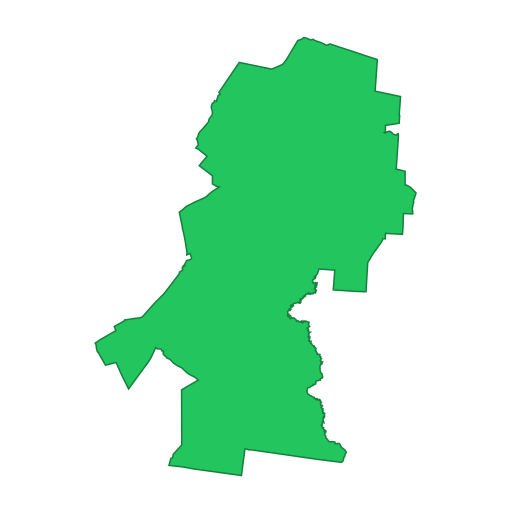 Dragodana, Dâmbovita, Romania (Mercator projection), rotated 182°
{"feature_id": "2599482B2320004497345", "entity_name": "Dragodana", "entity_type": "district", "adm_level": 2, "iso_a3": "ROU", "parent_name": "Romania", "parent_adm1": "Dâmbovita", "projection": "mercator", "projection_center": [25.385, 44.759], "detail": "fine", "context": "isolated", "style": "filled", "palette": "green", "viewbox_px": 512, "rotation_deg": 182, "n_neighbors": 0, "source": "geoboundaries", "source_scale": "gbopen_adm2", "svg_char_len": 6101}
<svg xmlns="http://www.w3.org/2000/svg" viewBox="0 0 512 512"><g transform="rotate(182 256 256)"><path d="M246.8,443.3L279.5,448.9L298.8,418.2L297.3,416.6L297.7,416.0L299.3,415.4L301.1,409.0L302.7,409.8L303.7,407.6L304.9,407.2L306.0,403.6L304.5,398.2L304.8,395.3L307.7,391.2L308.1,388.5L310.5,385.2L317.0,377.5L317.8,375.7L318.4,372.7L319.7,371.0L318.7,369.7L317.9,366.4L317.5,366.0L317.5,365.3L320.0,361.8L317.7,360.9L308.4,354.0L315.9,344.3L302.3,334.6L302.1,326.5L297.8,324.2L295.1,323.7L302.1,318.9L308.7,312.8L318.8,307.9L327.6,303.0L331.8,298.9L334.2,297.2L330.5,281.9L330.6,281.3L329.5,277.9L327.5,269.5L325.1,257.3L325.2,254.7L322.3,256.1L321.8,255.9L320.3,251.7L320.5,251.3L321.0,250.4L325.2,249.0L327.1,245.0L326.8,243.8L328.2,243.9L328.4,243.4L328.1,243.0L329.0,242.4L328.9,241.8L329.3,241.5L329.1,240.4L328.7,239.8L329.2,239.0L332.0,237.2L332.1,235.5L346.4,215.4L355.4,205.7L367.6,191.1L370.9,189.8L372.2,189.9L385.1,187.5L385.2,186.7L395.2,180.6L393.4,176.5L408.6,167.1L413.7,163.3L412.7,161.5L412.2,158.1L411.2,154.7L410.5,154.4L402.6,141.6L392.1,144.7L386.6,133.4L378.7,118.7L359.3,147.2L357.3,150.8L353.0,161.1L351.6,159.8L347.9,159.7L346.5,157.8L345.8,158.1L345.2,157.6L345.4,154.9L344.5,153.7L342.1,152.0L341.9,151.1L338.5,149.8L334.6,146.0L330.1,143.3L326.6,141.8L320.0,136.2L316.3,134.2L314.0,133.4L309.3,130.0L325.7,119.7L323.6,64.6L331.8,54.9L332.3,52.0L332.7,51.4L333.9,50.9L334.1,50.3L335.7,43.7L321.5,42.6L310.0,40.9L262.9,36.1L260.3,63.1L256.2,61.9L254.7,62.2L185.3,54.7L163.4,52.8L162.2,53.7L161.5,55.3L161.1,58.0L160.3,58.8L160.1,60.9L159.0,62.6L159.1,63.4L160.4,65.3L164.2,68.0L165.4,70.6L166.2,71.4L167.0,71.6L170.2,71.2L170.5,71.7L170.5,72.7L172.2,73.2L176.0,72.9L177.2,73.7L178.1,75.2L179.6,76.2L180.1,78.6L181.3,80.0L181.0,81.1L180.3,81.9L181.2,82.5L181.2,82.9L180.1,83.1L180.1,83.6L181.7,83.5L181.9,83.9L181.9,84.2L181.2,84.5L183.2,85.9L182.5,86.8L183.8,87.2L184.3,88.4L183.8,89.2L184.7,89.4L184.0,90.5L183.8,92.3L182.3,91.7L182.5,92.5L183.0,93.0L183.0,93.9L183.4,94.1L183.5,94.5L183.2,95.4L183.3,96.3L182.2,96.8L182.7,97.5L182.2,97.8L182.4,98.2L181.8,98.5L182.2,100.2L181.8,101.0L182.6,101.1L182.5,101.5L182.8,101.7L183.8,101.5L183.8,103.0L184.2,103.2L183.5,103.7L184.4,104.9L183.7,105.2L183.7,105.6L185.7,106.7L185.6,107.3L185.1,107.7L185.2,108.0L184.4,108.5L185.1,109.3L186.1,109.6L186.5,110.7L185.6,112.0L186.2,112.1L186.4,113.2L187.3,113.5L187.3,114.0L186.8,114.2L187.1,114.6L187.7,114.9L188.6,114.3L189.1,114.7L189.6,114.4L189.7,115.5L190.0,115.7L190.7,115.6L190.4,114.5L191.6,114.8L192.1,115.6L192.7,115.9L192.8,116.8L194.7,117.1L195.8,118.1L197.7,118.6L198.1,119.3L199.5,120.1L200.3,121.8L200.1,125.2L199.6,126.1L197.8,126.5L196.1,127.9L194.1,128.9L194.5,129.5L194.1,129.8L192.1,130.0L191.7,131.0L191.7,133.3L189.1,133.6L188.1,134.5L187.3,134.3L187.3,135.9L185.6,136.4L185.2,137.0L185.1,137.6L186.2,141.0L187.0,141.1L187.4,141.7L187.4,142.4L188.1,144.6L188.0,146.0L188.4,146.8L188.1,147.7L188.1,149.1L186.2,150.6L186.4,151.2L186.0,152.2L187.2,151.6L187.3,153.1L188.1,153.6L187.7,154.3L187.8,154.8L187.1,155.6L187.7,155.9L187.8,157.6L188.5,157.5L188.8,157.9L188.6,159.8L191.2,159.9L191.5,160.3L191.2,160.9L191.9,161.4L192.1,162.3L193.3,163.3L192.9,163.6L193.2,164.4L192.7,165.4L193.6,166.5L194.7,167.0L194.4,167.8L194.6,168.1L195.9,168.3L197.0,169.5L197.1,170.1L198.2,170.7L198.4,171.2L197.9,172.0L198.0,172.7L199.3,172.3L199.5,173.2L200.1,172.9L200.4,173.3L199.6,173.8L200.2,175.5L199.5,175.6L199.3,176.6L199.6,176.9L199.4,177.2L199.8,177.4L200.4,177.1L200.4,176.8L200.9,177.0L200.2,178.0L200.6,178.3L200.4,178.9L200.9,179.5L200.0,180.7L200.1,181.3L199.4,181.7L200.9,181.8L200.8,183.3L201.4,183.5L201.0,184.0L201.0,184.5L201.4,185.1L202.4,185.3L202.2,186.2L201.2,186.4L199.9,187.5L200.7,188.3L201.2,189.6L200.6,191.6L203.5,192.5L204.0,192.0L204.6,192.1L204.8,192.6L205.2,192.3L205.8,192.8L206.3,191.4L207.3,190.9L207.5,191.9L208.4,191.6L208.1,192.6L210.5,191.6L211.8,192.9L212.8,192.1L213.3,192.2L213.6,193.5L216.0,195.5L217.7,195.2L218.6,196.1L219.0,195.0L219.8,194.7L221.1,196.8L220.8,197.3L219.9,197.1L219.7,197.5L221.4,197.8L221.5,197.0L222.1,196.9L222.2,198.8L221.5,199.1L222.4,199.4L222.2,200.1L222.5,201.5L221.7,202.4L221.3,203.4L220.6,203.2L220.7,204.1L220.2,203.8L220.0,202.9L219.2,203.9L219.7,204.8L219.6,205.7L218.2,206.3L218.4,206.9L219.7,207.5L219.4,208.1L218.8,208.2L218.4,207.2L216.8,207.5L216.9,207.9L217.6,208.5L217.5,208.9L216.1,210.0L213.3,210.6L212.8,211.1L211.8,211.1L211.6,210.7L210.9,211.2L210.8,210.3L210.4,210.2L210.2,211.0L209.7,211.2L210.5,212.1L210.3,213.4L209.6,212.7L209.3,213.0L210.1,214.8L209.3,215.1L208.4,214.7L207.3,215.8L207.4,216.3L206.2,217.0L207.0,217.4L206.7,217.8L205.8,218.1L205.6,217.3L205.3,217.5L205.5,218.6L205.2,219.2L204.3,219.2L203.6,220.3L202.8,219.9L202.0,221.0L201.6,220.5L201.7,220.1L202.0,220.1L201.8,219.8L200.9,219.9L200.4,220.4L200.0,219.8L199.4,220.4L197.8,220.2L197.6,221.1L196.4,221.3L196.6,221.8L196.0,221.9L195.5,221.1L195.2,221.2L195.4,222.2L195.2,223.2L194.6,223.1L194.4,223.6L194.8,224.2L196.4,225.0L195.7,225.6L196.1,226.8L194.7,227.1L195.8,228.5L195.2,228.9L194.3,228.7L194.0,231.3L194.9,231.0L195.6,231.4L196.0,230.3L196.9,230.5L197.1,231.1L197.7,230.8L198.1,232.1L198.6,232.3L198.7,233.2L197.9,234.9L196.5,235.2L196.0,235.9L196.2,236.2L195.6,237.0L196.9,237.4L195.4,238.6L194.0,240.4L192.6,245.2L176.8,244.6L177.6,224.8L154.8,224.1L144.8,224.1L144.1,253.3L139.3,262.0L131.6,273.5L130.1,276.4L129.8,277.6L127.4,277.7L127.4,283.1L110.4,282.8L110.1,289.8L110.1,303.6L100.8,303.5L100.7,303.9L101.5,309.3L100.9,311.4L101.1,312.5L100.2,314.9L100.6,316.6L98.5,323.3L98.3,324.7L103.8,329.9L107.7,332.0L109.5,332.2L109.9,345.9L118.9,347.7L117.8,381.2L118.2,383.3L118.9,383.0L120.1,381.6L121.6,381.9L122.9,382.5L125.2,384.6L126.9,385.4L129.7,384.4L130.8,383.5L132.2,383.8L131.0,385.0L131.2,391.0L117.5,393.7L117.3,401.4L117.8,401.4L117.8,401.9L117.1,420.4L142.7,424.9L141.6,456.5L189.5,470.5L192.7,468.9L198.0,471.4L204.7,473.4L206.6,474.6L208.8,473.8L213.5,475.6L216.2,475.9L217.6,474.4L221.8,472.8L233.0,452.4L236.1,448.4L246.8,443.3Z" fill="#22c55e" stroke="#15803d" stroke-width="1.5"/></g></svg>